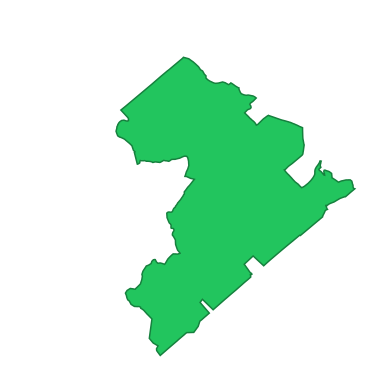 outline of Salah, Ta`izz, Yemen, rotated 140°
{"feature_id": "15242507B73155733495218", "entity_name": "Salah", "entity_type": "district", "adm_level": 2, "iso_a3": "YEM", "parent_name": "Yemen", "parent_adm1": "Ta`izz", "projection": "albers", "projection_center": [44.04, 13.581], "detail": "fine", "context": "isolated", "style": "filled", "palette": "green", "viewbox_px": 384, "rotation_deg": 140, "n_neighbors": 0, "source": "geoboundaries", "source_scale": "gbopen_adm2", "svg_char_len": 5926}
<svg xmlns="http://www.w3.org/2000/svg" viewBox="0 0 384 384"><g transform="rotate(140 192 192)"><path d="M321.4,87.2L310.9,87.4L301.2,87.5L299.2,87.5L297.4,87.6L288.2,87.7L286.5,87.7L280.9,83.3L273.6,85.1L269.0,88.0L266.7,87.9L263.5,88.0L256.6,88.1L256.8,102.2L253.0,103.1L251.5,88.2L243.6,88.4L235.4,88.6L233.9,88.6L227.1,88.7L221.1,88.7L218.0,88.8L209.8,89.0L209.3,89.0L207.2,89.0L204.8,89.0L201.7,89.1L200.9,90.2L200.7,90.8L200.4,91.2L199.9,90.7L199.0,90.5L198.7,91.3L199.1,92.5L199.2,93.0L198.4,103.1L186.3,103.7L184.5,89.4L179.5,89.6L174.9,89.7L161.4,89.8L159.3,89.8L154.6,89.8L143.9,89.7L140.2,89.7L137.4,89.7L137.0,89.0L107.9,89.0L107.3,89.6L103.6,91.2L101.9,92.1L100.5,92.0L99.4,91.6L99.2,93.4L98.5,94.0L98.4,95.5L98.0,95.7L97.1,94.9L94.9,94.7L94.2,94.6L92.6,94.1L89.7,93.1L89.3,93.0L86.0,92.5L82.7,91.9L82.4,91.8L79.8,90.9L77.9,90.1L77.5,89.7L70.5,89.8L65.2,89.8L65.9,91.1L65.4,92.3L64.3,93.7L63.8,95.2L63.1,96.5L62.6,97.6L63.0,99.6L65.5,101.6L66.2,102.2L69.5,103.9L70.6,104.5L73.5,105.4L74.5,109.4L74.8,110.3L75.3,112.0L75.6,112.8L73.1,116.5L73.4,117.9L73.9,119.7L74.5,120.7L75.3,121.9L76.0,123.2L76.7,123.7L77.5,123.3L77.9,122.9L78.5,121.8L78.7,121.0L79.6,119.6L80.0,120.2L80.0,124.5L80.3,125.7L80.5,127.3L80.4,127.7L80.1,127.9L78.5,128.0L77.5,128.0L77.0,129.3L76.4,130.3L75.7,130.7L75.0,131.2L74.4,131.7L73.9,132.2L73.2,132.6L73.9,133.5L75.8,132.5L78.1,131.8L80.7,131.2L82.9,130.3L84.2,129.3L84.6,128.9L85.4,127.9L85.8,127.5L86.4,126.8L87.6,126.1L90.0,125.2L93.5,124.4L97.4,124.0L101.6,124.1L102.0,124.1L103.2,124.3L103.6,124.4L104.1,124.5L105.2,124.8L105.5,126.7L105.6,128.2L105.6,129.0L105.6,129.5L106.5,133.4L106.7,137.2L106.7,138.5L106.9,142.7L107.0,143.7L107.1,144.1L107.2,146.6L107.1,149.6L106.6,149.5L106.0,149.3L104.8,149.4L101.7,149.7L96.5,149.4L85.3,149.4L83.6,149.5L82.6,149.9L81.3,151.1L80.3,151.9L79.0,153.1L75.8,156.0L75.6,156.6L73.4,160.4L73.3,160.7L72.4,162.1L71.1,163.8L67.7,168.1L66.3,169.8L66.0,170.1L66.1,170.5L67.4,172.9L68.6,175.7L69.1,176.6L70.1,178.7L70.3,178.9L71.8,181.9L72.2,182.5L72.4,182.7L72.7,183.3L75.2,187.0L77.0,189.5L77.5,190.3L79.6,193.8L81.3,196.7L84.1,201.3L84.2,201.6L86.2,201.9L88.8,202.0L89.4,202.1L90.7,202.1L93.2,201.9L96.9,201.6L97.3,201.5L97.7,201.5L98.8,201.6L99.7,201.9L99.6,202.2L99.4,203.4L99.3,204.1L99.3,205.2L99.4,206.5L99.6,207.5L99.9,209.1L99.9,209.8L100.2,211.1L100.3,213.7L100.4,214.7L100.8,218.8L96.6,219.3L93.9,218.4L93.4,218.5L92.6,218.6L91.7,219.9L91.4,222.0L91.0,222.2L90.3,222.5L87.6,222.3L86.9,222.3L86.6,222.3L82.4,222.7L82.7,224.3L82.9,224.9L83.5,226.3L86.3,229.8L86.7,230.2L88.4,231.3L89.8,233.1L91.1,235.7L90.9,237.4L90.5,238.8L90.3,239.4L89.9,240.7L89.1,241.5L89.7,242.6L90.2,244.2L90.6,245.2L91.0,247.0L91.8,249.8L92.1,250.6L92.9,250.5L94.3,250.6L95.1,250.9L95.6,252.4L96.0,253.4L96.3,254.3L97.8,256.6L101.8,258.5L102.4,258.9L103.2,259.5L103.6,259.7L104.3,260.3L104.9,261.1L105.5,262.1L105.8,262.8L107.1,265.6L107.8,267.9L108.0,269.7L108.0,270.4L106.6,272.0L106.8,274.5L106.6,275.3L106.3,276.7L106.2,277.5L106.1,277.8L106.3,278.5L106.9,280.2L106.5,283.7L107.0,287.9L107.5,291.1L108.2,293.6L108.8,296.1L112.0,300.7L113.2,300.5L116.1,300.5L132.0,300.5L132.6,300.6L139.6,300.6L140.6,300.6L141.8,300.6L153.5,300.4L156.6,300.4L167.9,300.4L172.2,300.4L173.7,300.4L176.0,300.4L188.1,300.4L193.8,300.5L193.7,298.2L193.3,290.1L193.7,288.7L194.5,288.1L194.8,287.5L195.8,287.8L196.7,288.7L197.3,289.7L198.0,290.8L199.0,291.4L199.9,292.0L201.7,292.2L203.2,292.1L204.7,291.6L205.4,291.4L206.0,290.9L207.6,290.2L208.6,289.2L211.1,287.4L211.8,285.7L212.8,282.8L212.2,280.7L211.7,280.0L211.0,278.7L210.1,276.8L209.6,275.3L209.5,274.3L208.6,269.2L208.3,266.0L209.3,263.6L209.4,263.2L210.0,261.9L210.0,260.7L209.9,259.4L210.7,259.4L216.0,248.5L215.8,248.3L214.7,248.0L213.4,247.9L213.2,248.0L212.3,248.9L211.4,249.4L210.9,248.7L209.3,247.3L208.1,246.5L207.2,244.9L206.1,244.0L204.6,242.5L203.4,240.9L203.2,240.0L202.5,239.5L202.3,239.4L200.9,238.8L197.6,235.3L196.6,235.0L193.3,234.4L192.2,232.9L191.2,232.0L190.5,231.0L190.0,230.4L188.2,230.1L186.8,230.1L186.2,229.7L185.0,228.8L183.9,227.9L182.2,227.1L179.6,225.8L177.4,225.2L176.9,225.1L174.9,224.4L174.0,223.7L173.1,222.7L173.2,221.1L173.9,219.6L174.4,218.7L174.6,218.1L175.6,216.8L176.5,215.6L177.3,214.4L180.2,212.5L182.1,211.6L183.3,211.1L185.7,209.5L187.4,208.5L186.3,207.5L184.9,204.6L184.3,203.3L182.8,201.4L182.0,200.2L184.3,199.8L185.7,199.5L189.5,198.7L192.2,198.4L196.4,197.3L196.9,197.3L197.6,197.2L198.2,196.6L199.2,195.4L200.5,195.2L201.7,194.6L203.0,194.3L206.1,193.4L207.6,193.2L209.1,192.9L210.1,192.8L211.4,192.2L212.3,192.0L213.1,191.8L213.9,191.7L214.4,191.2L214.9,191.1L215.8,191.2L216.6,191.1L217.8,190.6L218.3,190.3L218.7,190.0L219.9,189.7L220.6,189.7L221.4,190.3L222.6,191.6L223.8,192.1L224.9,192.0L226.4,190.0L226.9,189.3L227.6,188.4L229.0,184.0L229.3,182.9L229.1,181.6L229.2,180.5L229.9,179.3L230.6,178.8L231.2,177.6L230.3,176.6L229.7,175.9L230.1,174.6L230.9,173.9L232.6,173.4L233.7,172.7L234.7,171.7L234.8,169.7L235.5,166.0L236.9,164.2L238.3,162.3L239.6,159.0L240.4,156.7L240.4,153.3L240.6,152.7L243.0,153.7L244.6,155.3L245.6,156.1L246.2,156.7L248.3,156.7L251.1,156.5L253.5,156.2L255.2,155.6L257.6,154.7L259.5,154.2L260.5,156.0L260.9,156.6L262.0,158.1L264.0,159.4L264.2,161.4L264.0,162.1L263.6,163.8L263.9,164.2L265.1,164.9L265.5,164.9L267.3,164.7L269.3,163.5L269.6,163.5L272.3,163.9L274.6,164.7L275.1,164.5L280.4,162.9L283.3,161.1L283.8,160.1L284.1,159.4L284.5,159.1L286.8,157.1L290.7,154.7L295.4,154.3L296.2,154.3L298.1,154.1L299.5,155.8L301.3,157.8L305.0,158.3L307.5,157.5L308.0,157.3L308.7,155.1L309.9,152.7L310.5,150.8L310.4,149.9L310.1,148.8L310.6,146.5L310.9,145.1L309.7,141.4L307.9,139.7L306.2,138.3L306.0,138.1L305.5,136.7L306.0,135.8L305.5,134.5L305.1,133.0L305.0,132.4L304.9,129.1L304.9,127.7L304.8,126.9L304.3,120.5L318.8,107.3L318.8,101.2L316.9,96.0L319.0,95.1L320.0,94.7L321.0,93.2L321.2,90.9L321.4,87.2Z" fill="#22c55e" stroke="#15803d" stroke-width="1.5"/></g></svg>